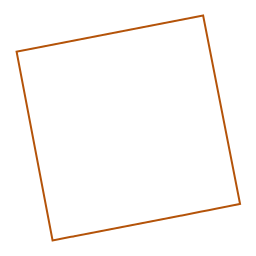 the district of Thayer, Nebraska, United States of America, rotated 349°
{"feature_id": "52423323B135061337198", "entity_name": "Thayer", "entity_type": "district", "adm_level": 2, "iso_a3": "USA", "parent_name": "United States of America", "parent_adm1": "Nebraska", "projection": "orthographic", "projection_center": [-97.601, 40.176], "detail": "fine", "context": "isolated", "style": "outline", "palette": "amber", "viewbox_px": 256, "rotation_deg": 349, "n_neighbors": 0, "source": "geoboundaries", "source_scale": "gbopen_adm2", "svg_char_len": 371}
<svg xmlns="http://www.w3.org/2000/svg" viewBox="0 0 256 256"><g transform="rotate(349 128 128)"><path d="M33.2,31.8L32.5,224.0L33.4,224.0L51.2,223.9L53.9,224.1L54.6,224.0L55.2,224.0L161.8,224.1L163.5,224.1L163.9,224.2L183.8,224.0L191.6,224.1L199.8,224.0L203.0,224.0L203.8,224.0L223.5,223.9L223.2,31.9L33.2,31.8Z" fill="none" stroke="#b45309" stroke-width="2"/></g></svg>